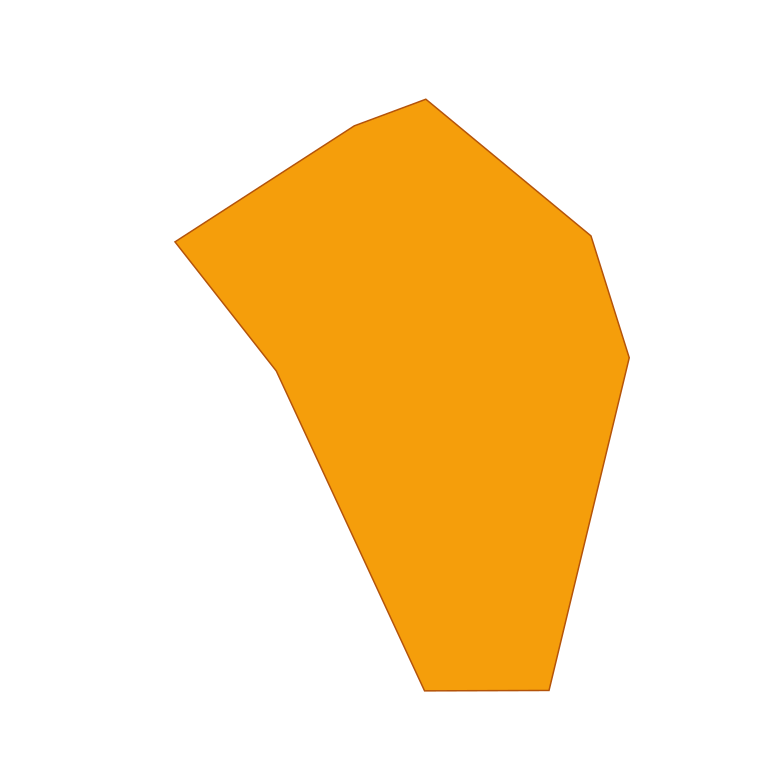 outline of Barbados, rotated 195°
{"feature_id": "BRB", "entity_name": "Barbados", "entity_type": "country or territory", "adm_level": 0, "iso_a3": "BRB", "parent_name": "North America", "parent_adm1": "", "projection": "mercator", "projection_center": [-59.546, 13.19], "detail": "fine", "context": "isolated", "style": "filled", "palette": "amber", "viewbox_px": 768, "rotation_deg": 195, "n_neighbors": 0, "source": "natural_earth", "source_scale": "50m", "svg_char_len": 278}
<svg xmlns="http://www.w3.org/2000/svg" viewBox="0 0 768 768"><g transform="rotate(195 384 384)"><path d="M479.5,625.7L417.3,669.9L222.4,580.6L153.9,472.8L145.3,130.7L265.4,98.1L491.4,368.7L622.7,467.2L479.5,625.7Z" fill="#f59e0b" stroke="#b45309" stroke-width="1.5"/></g></svg>